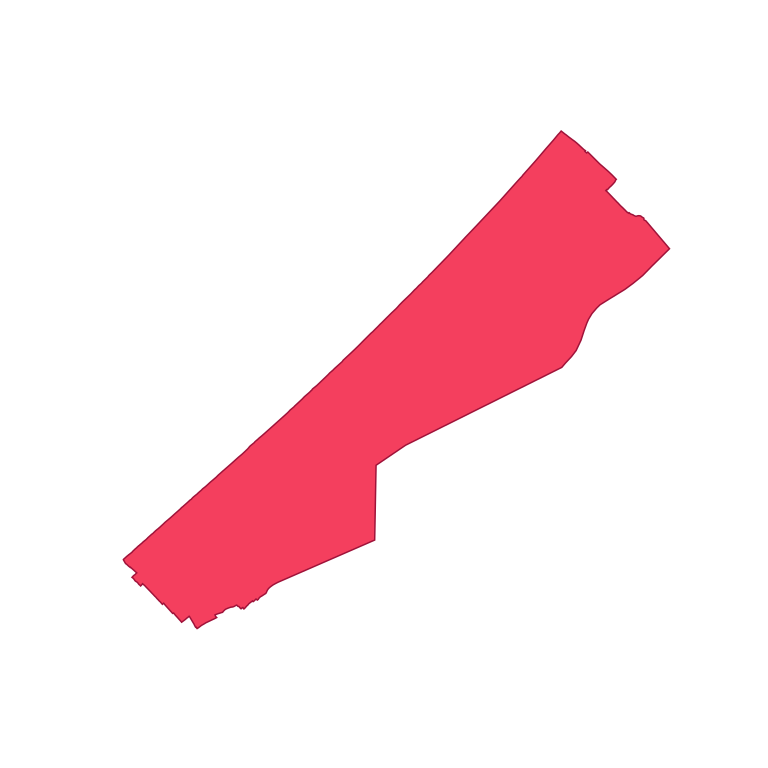 Sathing Phra, Songkhla, Thailand (Natural Earth projection), rotated 240°
{"feature_id": "78962969B2429736291194", "entity_name": "Sathing Phra", "entity_type": "district", "adm_level": 2, "iso_a3": "THA", "parent_name": "Thailand", "parent_adm1": "Songkhla", "projection": "natural_earth1", "projection_center": [100.407, 7.492], "detail": "fine", "context": "isolated", "style": "filled", "palette": "rose", "viewbox_px": 768, "rotation_deg": 240, "n_neighbors": 0, "source": "geoboundaries", "source_scale": "gbopen_adm2", "svg_char_len": 5768}
<svg xmlns="http://www.w3.org/2000/svg" viewBox="0 0 768 768"><g transform="rotate(240 384 384)"><path d="M253.5,297.9L317.6,336.5L320.2,372.1L309.5,546.3L310.5,549.1L311.4,551.6L314.0,560.1L316.9,567.1L323.5,576.6L330.2,584.0L335.4,590.2L337.8,593.5L341.0,599.3L343.4,606.1L344.6,610.8L345.0,621.7L345.5,639.9L346.6,649.8L348.6,662.2L352.1,674.7L358.4,698.9L394.2,692.4L394.5,692.3L394.7,692.2L395.6,691.5L396.0,691.3L396.5,691.3L397.3,691.8L397.5,691.9L397.9,691.9L398.9,691.3L399.7,690.9L399.9,690.8L400.8,690.5L401.1,690.3L401.3,690.2L402.2,689.1L402.4,688.8L402.5,688.6L403.0,687.2L403.1,686.3L403.2,686.1L403.3,685.9L404.2,685.3L405.1,684.6L406.1,684.2L406.4,683.9L407.0,683.4L407.6,682.9L407.9,682.6L408.5,682.3L408.8,682.3L409.1,682.1L409.6,682.0L409.5,681.4L410.4,681.1L410.7,680.8L410.7,680.6L410.8,680.5L411.4,680.4L412.3,680.2L412.7,680.1L413.0,679.9L413.9,679.8L414.6,679.6L415.0,679.4L415.4,679.3L415.9,679.3L417.4,678.8L418.2,678.6L418.7,678.4L420.1,678.0L420.4,677.9L422.2,677.5L423.6,677.2L424.4,677.0L425.6,676.6L426.3,676.5L426.9,676.3L428.8,675.9L429.8,675.6L431.1,675.3L438.8,673.4L439.3,673.2L440.6,672.8L441.0,674.1L441.0,674.3L440.6,674.4L440.6,674.5L440.6,674.9L441.5,677.5L441.6,678.0L442.0,680.0L442.8,682.7L443.5,684.6L443.7,685.1L443.9,685.4L444.3,685.9L444.5,686.2L444.7,686.4L444.9,686.9L445.0,687.1L445.1,687.5L450.7,686.1L456.1,684.5L466.9,680.8L483.0,676.5L482.8,675.0L485.1,674.3L485.4,675.1L486.6,674.5L487.4,674.2L495.8,671.6L498.2,670.7L498.8,670.5L501.4,669.3L503.3,668.5L505.8,667.4L508.7,666.3L510.4,665.5L511.5,665.1L514.5,663.9L513.6,661.5L513.0,659.4L510.5,652.7L506.9,642.1L501.4,626.6L495.4,608.5L494.7,607.1L494.4,605.7L492.4,599.4L484.6,575.7L474.2,541.0L470.5,528.3L463.2,504.5L456.5,480.9L456.0,478.7L455.5,476.9L454.9,475.6L453.2,468.8L452.5,466.8L451.8,463.3L450.7,459.8L450.3,457.8L448.6,452.1L445.9,441.1L444.8,437.1L443.8,434.2L443.2,432.2L441.8,426.2L439.9,419.0L438.2,412.7L437.7,410.5L436.7,407.1L435.8,403.6L434.9,400.4L434.5,398.1L431.9,388.4L429.6,380.0L428.3,374.8L425.0,360.5L424.3,359.1L422.1,348.7L421.6,347.1L420.8,342.8L420.0,340.2L417.8,331.2L416.3,325.1L415.5,319.9L415.2,319.0L414.7,318.2L414.7,317.4L414.4,316.7L413.9,314.5L412.8,308.7L411.9,305.7L409.6,295.7L409.2,294.5L408.7,291.7L408.4,289.8L408.0,288.6L407.3,286.2L403.0,265.8L400.2,252.2L400.0,251.0L399.7,249.1L399.2,247.0L398.6,243.6L398.1,242.4L397.3,237.4L396.9,235.9L396.6,235.4L395.9,233.3L394.2,226.1L393.4,221.5L392.7,218.2L390.5,207.6L389.3,201.3L388.0,195.0L387.2,192.1L385.9,184.9L384.4,178.1L383.9,174.5L383.7,173.8L383.4,172.9L382.9,170.2L382.4,167.9L382.2,167.2L382.1,166.9L381.9,165.2L381.4,162.3L381.1,161.1L380.9,160.6L380.8,160.1L380.6,159.8L380.5,159.5L380.5,159.0L380.5,158.4L380.4,157.8L379.4,153.4L378.7,149.8L378.4,148.6L378.2,146.9L378.0,146.2L377.9,146.0L377.7,145.4L376.2,138.1L375.0,132.5L373.7,125.2L373.1,122.9L372.3,119.2L371.9,117.7L371.9,117.1L371.7,116.7L371.5,115.1L371.2,113.4L371.0,112.2L370.7,111.5L370.6,110.6L370.4,110.0L370.2,109.3L370.1,108.9L370.1,108.2L370.0,107.8L370.0,107.3L369.8,106.7L369.0,102.7L368.7,102.0L368.6,101.4L368.3,100.4L368.0,98.5L367.7,96.5L367.2,94.6L367.0,93.3L366.9,92.4L366.8,92.1L366.6,91.7L366.6,91.3L366.5,91.0L366.6,90.6L366.5,90.3L366.3,89.6L366.2,89.0L366.1,88.5L365.9,88.1L365.6,86.2L364.8,83.0L364.7,82.5L364.4,82.0L364.1,80.2L363.9,78.9L363.9,78.5L363.8,78.2L363.7,77.8L363.8,77.4L363.5,76.4L363.5,75.9L363.2,74.4L362.8,72.6L362.6,71.5L362.3,70.5L361.9,70.4L360.3,70.4L359.1,70.4L358.0,70.4L357.7,70.4L357.3,70.6L356.5,71.0L355.8,71.2L353.8,71.8L352.6,72.3L352.0,72.5L352.1,72.8L348.2,74.1L344.1,75.4L344.1,75.0L343.9,74.6L343.4,73.0L343.4,72.8L343.4,72.2L343.3,71.7L343.2,71.0L343.0,70.5L342.8,70.0L342.6,69.1L340.7,69.8L338.4,70.0L337.7,70.1L336.0,71.0L335.5,71.2L335.0,71.3L334.5,71.4L333.9,71.4L333.3,71.5L332.5,71.7L331.9,72.0L330.8,72.2L331.0,73.2L331.2,73.6L331.3,74.1L331.4,74.4L331.6,74.6L331.8,75.0L331.0,75.3L329.6,75.8L329.2,75.9L328.6,76.1L327.6,76.3L323.6,77.3L321.2,77.9L319.0,78.4L317.5,78.8L314.8,79.4L313.6,79.8L311.7,80.1L310.6,80.4L310.2,80.5L308.3,80.9L307.2,81.3L306.0,81.5L304.6,81.8L304.0,81.9L304.3,83.6L303.5,83.7L302.5,83.9L302.2,83.9L293.6,85.7L291.2,86.2L290.9,86.3L290.8,86.5L290.8,87.2L290.8,87.3L290.7,87.3L289.8,87.5L289.1,87.6L288.1,87.7L286.4,88.1L284.5,88.5L282.5,88.9L280.8,89.3L279.0,89.6L278.9,89.6L278.9,89.8L279.0,90.7L279.4,94.1L279.9,96.6L279.9,97.0L280.0,97.7L280.3,99.1L279.3,99.3L278.1,99.3L270.7,99.4L270.1,99.3L268.1,99.2L267.4,99.3L267.3,99.8L265.7,99.8L265.6,100.0L265.8,102.1L266.2,105.2L266.2,107.1L266.2,109.2L266.3,109.9L265.9,114.8L265.8,116.3L265.5,119.6L265.4,122.3L265.8,122.2L266.3,122.1L267.4,122.0L267.7,122.0L268.6,122.3L268.4,123.3L268.1,125.2L267.4,128.3L267.3,129.0L267.1,129.6L267.0,129.9L267.0,130.1L267.3,130.8L267.8,132.3L267.9,132.8L268.1,133.6L268.1,134.5L268.1,134.9L267.8,137.3L267.3,139.8L267.1,140.3L266.8,140.8L266.7,141.3L266.5,141.7L266.4,142.4L266.3,143.1L266.3,145.6L266.2,145.8L266.0,146.0L264.9,146.2L264.4,146.4L264.2,146.7L264.0,146.9L263.8,147.1L263.7,147.1L262.7,147.3L262.0,147.4L261.0,147.7L260.8,147.8L260.8,148.1L261.0,149.0L261.1,149.8L261.0,150.0L260.9,150.0L260.7,150.0L259.3,150.1L259.2,150.3L259.4,151.2L259.5,151.5L259.7,152.2L260.3,153.9L260.8,156.0L261.0,156.4L261.2,156.7L261.3,157.2L261.9,161.6L261.0,161.8L260.9,162.0L261.2,163.6L261.7,165.3L261.8,165.5L261.7,165.7L261.6,165.8L260.4,166.1L260.2,166.2L260.2,166.4L260.4,167.3L260.4,167.6L260.8,168.1L260.9,168.3L261.4,170.0L261.5,170.5L261.5,171.0L261.5,172.7L261.6,173.9L261.7,175.6L261.7,176.3L261.7,176.7L261.8,177.1L262.0,177.4L262.5,178.2L263.5,179.5L264.2,180.8L264.8,182.5L265.1,184.0L265.3,185.5L265.5,187.8L265.4,191.5L265.3,193.2L253.5,297.9Z" fill="#f43f5e" stroke="#9f1239" stroke-width="1.5"/></g></svg>